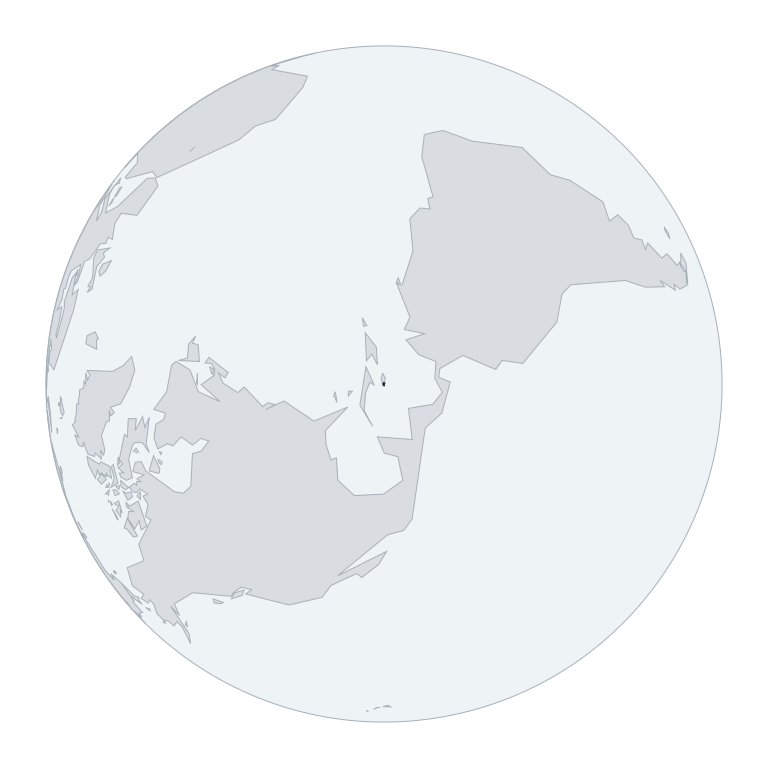 Westmoreland on an orthographic globe, rotated 254°
{"feature_id": "JAM-1376", "entity_name": "Westmoreland", "entity_type": "Parish", "adm_level": 1, "iso_a3": "JAM", "parent_name": "Jamaica", "parent_adm1": "", "projection": "orthographic", "projection_center": [-78.09, 18.195], "detail": "coarse", "context": "on_globe", "style": "filled", "palette": "slate", "viewbox_px": 768, "rotation_deg": 254, "n_neighbors": 0, "source": "natural_earth", "source_scale": "10m", "svg_char_len": 9499}
<svg xmlns="http://www.w3.org/2000/svg" viewBox="0 0 768 768"><g transform="rotate(254 384 384)"><circle cx="384" cy="384" r="338" fill="#eef3f6" stroke="#a8b0b8"/><path d="M383.5,442.0L375.4,438.4L367.6,448.2L340.1,431.6L330.3,411.5L246.3,373.7L237.8,362.5L238.0,345.7L212.4,286.7L222.4,340.4L212.0,329.0L204.1,309.3L209.3,305.4L205.0,277.5L196.0,265.7L197.7,231.9L220.3,193.1L222.8,200.1L227.9,190.9L225.2,182.0L222.1,178.5L236.1,142.6L230.5,121.9L217.8,123.6L229.1,117.7L197.7,127.8L187.6,126.5L205.7,123.2L212.8,119.5L209.3,115.6L215.8,111.1L217.8,107.1L225.9,102.4L235.8,102.0L241.2,99.3L238.5,96.9L244.8,91.5L248.0,95.2L259.4,86.5L278.2,86.5L280.4,104.4L297.5,104.1L317.5,122.5L322.4,118.2L333.0,123.9L342.6,121.5L343.6,126.6L350.4,120.4L347.7,116.3L349.8,112.4L355.2,110.9L357.4,116.7L355.0,118.4L358.5,119.4L357.2,123.2L360.9,120.4L362.9,128.4L369.0,118.5L377.3,123.3L376.4,129.2L366.0,131.1L338.3,152.8L334.2,161.1L338.9,170.1L369.9,180.7L369.8,189.6L377.3,199.9L382.2,193.2L378.1,183.1L389.0,174.4L382.7,164.0L386.2,159.4L384.0,148.7L395.6,148.1L408.2,153.6L410.7,162.7L416.3,165.8L423.1,155.8L436.5,172.9L460.8,185.1L463.0,190.4L451.0,201.4L427.8,203.4L412.1,221.6L433.8,208.0L439.0,223.1L444.7,225.3L451.1,223.9L453.6,217.8L457.8,223.1L438.0,237.4L433.8,232.8L440.2,228.0L429.3,229.5L416.0,241.1L419.7,248.8L395.7,261.1L398.0,267.1L394.1,273.8L392.0,263.1L395.3,283.1L367.7,306.4L371.8,342.7L355.3,314.8L341.9,311.6L325.7,312.1L326.1,317.9L304.3,313.1L284.9,324.8L278.3,353.2L286.2,375.5L310.3,377.3L317.4,365.2L335.0,363.1L322.9,395.8L353.8,400.8L351.0,425.2L360.0,437.8L375.4,434.4L391.3,440.1L402.4,425.7L420.4,417.3L421.2,436.9L430.8,418.5L441.1,427.4L476.7,423.9L474.1,428.6L504.1,448.6L535.8,454.4L543.2,467.3L539.5,476.4L550.2,477.2L550.4,482.7L592.3,483.0L612.8,491.6L611.5,510.5L593.0,535.9L573.3,581.9L539.3,601.6L528.6,618.8L498.7,644.7L478.4,645.6L482.2,655.4L469.2,662.7L455.5,664.4L451.5,671.5L441.2,672.4L446.9,676.3L428.3,685.8L431.3,691.9L417.3,698.5L419.6,701.7L415.0,701.8L409.7,703.2L408.6,705.0L395.3,702.4L393.7,694.7L399.9,690.4L393.9,689.8L407.4,678.0L400.1,680.6L405.1,661.7L417.0,644.6L427.9,590.9L421.2,579.8L395.9,567.2L365.5,523.1L374.1,504.2L367.2,495.3L389.7,467.7L383.5,442.0ZM71.8,301.4L74.2,293.8L74.0,299.6L71.8,301.4ZM74.9,288.5L74.2,291.2L74.6,288.8L74.9,288.5ZM74.6,286.3L74.8,287.9L74.3,286.8L74.6,286.3ZM73.9,284.3L74.4,285.1L74.2,285.3L73.9,284.3ZM370.3,355.0L405.6,371.4L385.9,374.2L389.6,370.9L380.5,363.9L363.8,357.6L346.4,361.5L370.3,355.0ZM74.0,279.0L74.1,277.5L74.8,277.4L74.0,279.0ZM385.4,334.7L379.3,333.5L385.3,333.2L385.4,334.7ZM219.6,178.0L224.4,182.4L224.5,192.6L219.8,189.2L219.6,178.0ZM220.4,160.3L224.5,160.5L218.3,169.3L217.9,166.4L220.4,160.3ZM207.2,126.5L209.9,128.5L205.1,128.3L207.2,126.5ZM216.7,107.4L213.9,108.4L216.1,106.0L216.7,107.4ZM377.7,150.0L380.8,149.4L379.6,151.6L377.7,150.0ZM373.8,146.2L370.3,149.2L367.9,147.9L370.2,146.0L373.8,146.2ZM230.5,96.8L235.0,93.0L232.2,96.7L230.5,96.8ZM378.7,142.8L364.2,145.2L360.1,143.0L365.2,134.3L378.7,142.8ZM238.8,90.8L249.5,82.6L244.2,83.9L265.3,76.6L249.2,85.4L246.5,89.4L244.0,88.6L238.8,90.8ZM344.5,115.7L347.6,120.0L340.0,118.0L344.5,115.7ZM339.1,115.5L312.7,116.8L310.7,110.4L320.0,110.9L313.4,104.5L325.5,100.7L331.8,103.3L330.7,108.0L336.1,103.1L339.1,115.5ZM275.3,74.3L279.4,72.6L277.0,74.4L275.3,74.3ZM350.0,110.7L344.9,111.3L342.8,105.7L352.8,103.6L350.2,106.0L350.0,110.7ZM305.8,105.1L306.0,101.0L315.9,96.6L317.3,94.5L325.6,100.1L305.8,105.1ZM353.5,106.5L357.9,102.9L363.8,104.3L354.9,109.9L353.5,106.5ZM338.1,105.2L337.6,102.6L341.1,103.3L338.1,105.2ZM387.2,108.4L381.1,108.5L379.5,105.5L387.2,108.4ZM359.2,101.5L357.1,101.0L355.8,100.0L359.8,98.0L359.2,101.5ZM331.9,96.9L336.0,96.2L329.0,94.3L336.1,91.5L340.4,95.9L341.5,92.8L343.7,92.0L344.7,96.7L331.9,96.9ZM360.0,93.2L367.8,98.8L379.6,98.9L381.3,101.5L362.1,100.9L360.0,93.2ZM350.9,94.7L356.9,94.3L356.1,97.3L351.4,99.6L350.9,94.7ZM339.4,88.2L327.4,91.3L326.9,90.3L339.4,88.2ZM363.6,92.5L361.6,91.3L364.5,92.2L363.6,92.5ZM347.0,88.7L342.8,89.8L342.4,88.6L347.0,88.7ZM361.1,88.1L363.6,89.7L360.6,91.1L361.1,88.1ZM354.8,87.8L355.1,85.9L358.0,90.7L353.0,88.5L354.8,87.8ZM347.2,87.3L345.6,87.0L349.0,87.1L347.2,87.3ZM371.3,82.2L375.6,87.9L368.8,90.8L365.6,84.8L371.3,82.2ZM416.9,707.6L396.2,703.5L408.1,705.4L417.7,702.3L428.1,705.4L416.9,707.6ZM444.6,698.8L455.0,696.3L457.0,696.9L450.4,698.9L444.6,698.8ZM640.7,164.3L636.8,159.9L632.1,154.6L640.7,164.3ZM603.0,126.7L603.8,127.4L623.5,145.7L627.3,149.5L628.3,150.5L637.4,161.6L645.6,170.3L651.3,177.9L639.7,166.1L634.0,159.9L619.8,152.5L626.7,159.7L640.5,167.7L640.2,168.8L649.6,180.3L642.2,172.5L625.2,163.5L627.9,176.6L646.9,212.8L645.2,220.9L636.7,221.4L614.2,193.0L620.5,178.4L612.6,169.6L597.9,162.7L601.1,159.3L595.9,155.2L597.0,150.0L585.3,135.3L584.4,130.0L567.2,117.8L564.4,113.9L575.4,121.9L582.6,125.3L578.8,114.6L574.3,110.6L563.4,104.0L563.8,102.5L553.7,97.6L545.3,90.3L547.0,95.6L534.3,89.5L522.3,82.4L518.4,81.8L537.9,93.6L545.4,97.7L551.3,99.5L572.0,113.5L576.0,118.8L555.6,108.9L559.1,116.0L541.6,106.6L499.6,78.1L488.6,70.6L497.1,67.8L507.0,71.6L508.9,74.1L518.9,76.1L512.5,73.8L512.7,73.1L500.6,68.5L500.2,67.9L489.2,65.0L487.4,63.8L494.4,65.6L474.9,59.2L467.6,56.7L463.4,55.7L460.9,55.3L454.3,53.5L477.5,59.3L500.2,66.7L522.4,75.7L543.9,86.3L564.5,98.3L584.3,111.8L603.0,126.7ZM450.7,52.7L452.0,53.1L447.3,52.4L436.2,50.8L434.2,50.2L438.0,50.6L441.2,51.0L450.7,52.7ZM438.8,50.6L435.8,50.2L429.7,49.6L431.1,49.4L430.1,49.4L426.4,48.9L420.9,48.2L418.7,48.3L380.9,47.9L366.5,47.5L372.0,46.6L343.5,49.1L329.4,50.6L330.8,50.6L318.0,53.2L322.2,52.6L321.9,52.9L291.0,61.9L282.2,64.4L270.4,70.3L271.1,70.7L276.9,69.0L265.3,76.6L244.2,83.9L243.7,82.7L230.8,89.0L231.6,85.8L226.3,86.8L234.7,81.2L229.8,83.4L225.3,85.7L219.8,88.7L238.2,79.1L245.8,76.7L242.8,77.1L249.4,74.3L251.9,73.0L251.0,73.4L273.3,64.7L296.3,57.7L319.6,52.3L343.3,48.5L367.1,46.5L391.1,46.2L415.0,47.5L438.8,50.6ZM721.0,409.4L721.4,396.0L721.2,370.7L720.2,363.5L719.1,371.2L717.0,362.8L715.6,365.8L700.9,395.4L691.4,387.6L668.3,352.7L667.4,331.4L658.6,311.6L645.0,222.6L651.9,220.1L652.4,192.8L654.2,192.4L664.7,207.9L673.6,210.8L663.9,195.1L663.5,194.1L676.9,215.5L688.6,237.8L698.7,260.9L707.0,284.7L713.5,309.1L718.2,333.9L721.0,359.0L721.9,384.2L721.0,409.4ZM661.1,261.6L664.2,267.8L661.1,261.6ZM477.8,423.5L482.1,426.9L476.5,427.5L477.8,423.5ZM383.3,382.5L390.7,382.8L394.6,385.8L389.0,386.9L383.3,382.5ZM445.1,380.2L453.5,381.4L444.8,383.7L445.1,380.2ZM411.1,373.5L438.4,380.1L421.5,386.8L404.3,382.9L416.1,380.7L411.1,373.5ZM382.3,346.4L387.0,347.8L385.7,351.5L382.3,346.4ZM389.7,334.6L388.0,335.0L385.6,332.0L389.7,334.6ZM440.2,222.2L441.9,221.2L448.5,221.2L445.6,224.0L440.2,222.2ZM476.1,207.2L482.1,216.2L475.9,211.2L473.1,216.2L456.5,212.8L463.3,192.9L463.2,202.2L476.1,207.2ZM436.3,204.1L446.0,207.6L435.1,204.6L436.3,204.1ZM566.1,140.7L570.8,140.9L576.8,146.6L577.8,156.0L569.2,147.6L566.1,140.7ZM576.1,140.2L555.5,129.4L554.0,124.0L558.3,128.7L559.4,126.2L566.6,133.3L585.3,139.8L591.8,145.5L590.3,158.0L587.2,150.4L582.8,150.2L576.1,140.2ZM505.5,119.8L496.5,117.4L504.9,108.5L512.3,111.9L513.8,120.7L506.0,121.9L505.5,119.8ZM390.5,128.0L386.5,129.3L385.9,127.4L388.8,124.8L390.5,128.0ZM384.5,108.7L407.2,120.7L403.8,122.7L421.1,128.6L419.0,136.3L407.8,132.0L419.1,142.9L408.2,142.2L416.9,149.3L392.2,138.9L382.8,139.4L394.1,135.7L396.4,128.4L394.5,125.5L382.3,117.8L363.2,116.3L362.4,109.8L366.8,105.6L371.3,104.9L370.4,109.2L377.0,105.2L379.2,111.0L384.5,108.7ZM420.0,72.8L417.1,75.9L430.7,73.2L432.9,77.2L434.3,76.7L440.1,79.9L449.6,83.2L449.1,85.2L453.0,85.7L457.0,88.2L462.2,89.8L463.0,94.1L469.5,96.5L466.2,97.3L477.1,100.5L469.4,100.1L473.7,104.0L478.9,102.3L470.9,126.4L473.5,138.3L479.9,149.0L465.8,148.2L450.9,138.3L437.5,125.4L437.0,114.7L430.8,116.8L428.7,112.5L434.5,112.6L424.3,110.0L424.1,106.7L412.2,98.1L397.6,97.5L392.8,94.8L398.5,93.3L389.8,91.7L397.3,87.4L394.1,85.6L398.3,80.0L411.1,79.1L406.5,77.2L409.5,73.5L420.0,72.8ZM372.9,80.6L387.6,77.6L396.1,78.6L385.3,88.1L387.2,90.4L380.5,97.5L368.4,96.1L371.4,94.1L371.5,91.9L375.3,93.1L372.3,90.5L376.4,87.9L375.2,85.3L380.3,84.9L372.9,80.6ZM649.8,184.8L650.0,183.5L648.9,180.1L654.8,187.8L649.8,184.8ZM638.7,178.8L637.9,176.2L645.8,184.4L645.5,186.2L638.7,178.8ZM630.9,168.4L637.3,175.5L633.7,172.7L630.9,168.4ZM574.0,119.6L572.4,117.0L574.8,118.3L578.8,121.5L574.0,119.6ZM460.8,69.3L457.8,70.0L455.7,69.2L444.7,68.7L442.2,66.2L447.8,65.5L460.8,69.3ZM653.0,179.4L654.2,181.3L652.6,179.1L652.4,178.7L653.0,179.4ZM456.2,66.4L452.0,66.4L453.3,65.2L456.2,66.4ZM439.7,64.4L440.2,62.9L440.6,65.9L439.7,64.4ZM428.7,51.3L446.8,54.2L458.2,56.1L462.0,56.1L464.5,57.9L446.9,55.0L428.7,51.3ZM387.1,48.0L383.8,49.0L380.0,48.6L380.2,48.3L387.1,48.0ZM388.8,48.6L394.6,50.1L389.3,50.7L385.8,49.4L388.8,48.6ZM426.1,56.3L431.6,57.2L430.4,57.9L426.1,56.3ZM277.4,72.5L279.2,72.6L275.4,73.6L277.4,72.5ZM324.5,52.6L323.4,53.2L319.1,53.9L324.5,52.6ZM318.0,55.6L323.7,54.3L318.5,55.9L318.0,55.6ZM336.2,51.8L326.4,53.9L334.6,51.6L336.2,51.8Z" fill="#d9dde1" stroke="#a8b0b8" stroke-width="1"/><path d="M384.7,384.8L384.6,384.6L384.4,384.5L384.3,384.3L384.2,384.1L383.7,384.0L383.4,383.9L383.3,384.0L383.2,384.0L383.0,383.9L382.8,383.9L382.6,383.8L382.4,383.7L382.5,383.5L382.6,383.4L382.9,383.4L383.0,383.4L383.2,383.2L383.9,383.2L384.0,383.2L384.4,383.4L384.5,383.4L384.9,383.4L385.0,383.5L385.1,383.8L385.1,384.0L384.9,384.3L384.9,384.5L384.7,384.8L384.7,384.8Z" fill="#64748b" stroke="#1e293b" stroke-width="1.5"/></g></svg>